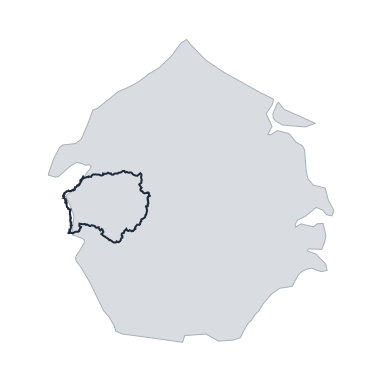 Kono, Eastern, Sierra Leone (highlighted), rotated 188°
{"feature_id": "65957751B39294828597109", "entity_name": "Kono", "entity_type": "district", "adm_level": 2, "iso_a3": "SLE", "parent_name": "Sierra Leone", "parent_adm1": "Eastern", "projection": "orthographic", "projection_center": [-10.815, 8.706], "detail": "fine", "context": "in_parent", "style": "outline", "palette": "slate", "viewbox_px": 384, "rotation_deg": 188, "n_neighbors": 0, "source": "geoboundaries", "source_scale": "gbopen_adm2", "svg_char_len": 7427}
<svg xmlns="http://www.w3.org/2000/svg" viewBox="0 0 384 384"><g transform="rotate(188 192 192)"><path d="M336.6,188.7L336.4,191.8L333.6,205.7L329.3,217.7L326.4,220.6L314.1,223.8L308.9,229.1L304.4,246.1L301.6,259.4L297.3,261.6L279.3,280.9L267.5,288.2L259.3,294.5L251.5,302.7L241.7,310.6L231.2,324.0L223.6,338.0L218.5,342.3L214.7,338.4L196.7,324.5L177.9,315.3L137.6,299.7L124.2,295.3L124.7,289.9L129.4,279.9L121.9,268.1L124.9,259.6L122.0,259.6L116.2,264.7L103.9,263.2L95.8,255.8L89.2,253.1L86.3,249.4L82.2,230.1L79.1,221.3L73.0,215.8L60.7,214.4L55.7,202.6L48.9,193.4L50.1,187.8L55.6,188.1L60.0,192.3L67.0,194.0L75.8,184.2L83.6,178.8L85.4,174.2L84.5,171.6L79.7,175.6L66.8,174.4L63.5,178.0L57.8,179.1L53.3,167.5L53.6,160.7L55.5,153.2L68.6,152.0L69.7,149.6L60.7,147.9L49.4,139.1L47.4,133.1L53.0,131.1L58.4,132.1L63.0,133.4L68.1,131.3L72.8,128.0L75.7,123.8L79.6,112.5L91.9,108.8L99.1,101.9L106.0,91.1L109.2,83.6L112.1,79.8L113.9,76.6L115.2,73.0L118.3,69.7L121.5,61.7L123.8,54.4L130.8,51.0L145.2,48.0L158.2,53.3L179.2,48.8L180.4,41.9L199.6,41.9L222.5,41.8L241.5,41.7L248.0,43.5L250.4,48.6L256.6,56.6L263.1,62.2L271.2,74.3L280.6,88.4L290.8,101.2L297.4,108.1L298.1,110.5L297.6,113.3L294.4,119.8L291.7,126.8L291.9,129.4L293.9,130.7L304.5,132.9L305.5,140.7L305.5,151.6L310.7,161.7L315.7,169.1L315.4,171.7L303.4,184.4L298.7,197.0L296.3,200.5L295.3,203.4L297.7,204.7L301.0,203.8L305.7,204.9L310.2,205.3L316.1,200.7L325.9,189.2L329.2,187.7L336.6,188.7ZM120.3,290.5L118.9,293.0L112.5,286.7L79.4,277.2L88.8,272.2L111.8,270.9L118.7,273.8L121.7,276.2L122.8,280.9L120.3,290.5Z" fill="#d9dde1" stroke="#a8b0b8" stroke-width="1"/><path d="M301.3,190.7L302.0,191.9L302.2,191.4L302.2,191.1L302.1,190.9L302.4,190.5L302.3,190.3L302.0,190.0L302.2,189.8L302.8,189.7L303.0,189.5L303.1,189.2L302.9,188.8L302.9,188.5L303.0,188.2L303.8,188.6L304.2,188.2L304.2,187.7L303.6,187.2L303.5,186.8L303.6,186.5L303.9,186.0L304.2,184.6L304.6,184.4L304.8,184.1L304.8,183.9L304.7,183.6L304.7,183.3L305.0,182.9L305.2,183.2L305.4,183.1L305.7,182.8L306.0,182.9L306.5,182.7L307.1,181.2L307.6,180.5L308.1,180.1L308.3,180.3L308.6,180.3L308.6,179.6L308.7,179.2L308.7,178.6L308.4,178.0L308.5,177.8L308.8,177.7L309.1,177.4L309.5,177.5L309.8,177.7L310.0,177.7L310.0,177.2L310.4,177.3L310.8,176.9L311.3,176.9L311.5,176.7L311.7,176.1L312.1,176.0L312.3,176.0L312.7,176.1L312.9,176.1L313.8,175.7L314.0,175.8L314.2,176.1L314.5,176.2L314.8,175.6L316.4,175.1L316.5,174.9L316.4,174.7L316.5,174.5L316.7,174.2L317.7,173.7L317.9,173.2L318.2,173.1L318.5,172.8L318.5,172.7L318.4,172.4L318.0,172.1L318.4,171.6L318.4,171.0L318.6,170.6L318.8,170.5L319.0,170.8L319.1,170.6L319.0,170.4L319.1,169.9L318.6,169.5L318.4,169.1L318.1,169.5L317.9,169.5L318.1,168.9L318.0,168.6L318.2,168.4L317.8,168.4L317.7,168.3L317.5,167.9L317.3,167.9L317.2,167.6L316.7,167.2L316.2,167.3L316.2,167.0L316.3,166.9L316.3,166.7L315.9,166.8L315.8,166.7L315.8,166.3L316.0,166.2L316.1,165.5L315.6,165.3L315.5,165.0L315.3,164.8L315.1,164.4L315.3,164.0L315.6,163.9L316.0,164.0L316.1,163.8L316.0,163.7L315.7,163.6L315.3,163.9L315.1,163.8L315.0,163.7L314.8,163.7L314.7,163.9L314.6,163.5L314.8,163.4L314.8,163.2L314.5,162.7L314.5,162.1L314.2,161.3L313.8,159.8L313.6,159.6L313.4,159.6L313.3,159.4L313.0,159.3L312.6,159.0L312.5,158.8L312.1,158.6L312.2,158.3L311.9,158.1L311.9,157.9L311.5,157.8L311.4,157.9L311.0,158.1L311.0,158.3L310.8,157.9L310.4,157.6L309.9,157.7L310.0,157.2L309.8,156.6L310.2,156.0L310.1,155.9L310.0,155.5L310.1,155.4L310.0,155.2L310.0,154.9L310.0,154.0L310.0,153.8L309.8,153.6L309.8,152.9L309.6,152.8L309.6,152.5L309.4,152.2L309.2,151.3L309.0,151.2L308.9,150.8L309.0,150.6L308.9,150.4L309.0,150.4L308.8,149.8L308.8,149.7L308.7,149.8L308.5,149.7L308.6,149.4L308.4,149.2L308.5,148.7L308.4,148.5L308.6,147.9L308.5,147.7L308.4,147.1L308.5,146.9L308.5,146.3L308.2,146.1L308.2,145.8L308.3,145.6L308.1,145.4L307.8,145.3L307.9,145.2L307.7,144.8L307.7,144.6L307.6,144.4L307.8,144.4L307.6,144.3L307.7,144.0L307.5,143.3L307.2,142.8L307.1,142.7L307.5,142.7L307.5,142.2L307.3,142.2L307.2,142.0L307.1,141.8L307.2,141.6L307.0,140.9L307.1,140.2L306.9,139.8L307.1,139.0L307.2,138.9L307.3,138.6L307.4,138.3L307.2,138.2L307.1,137.9L307.3,137.5L307.8,137.3L307.7,137.1L308.0,137.2L307.9,136.4L308.0,136.2L307.9,135.8L308.2,135.4L308.2,135.2L308.4,134.9L308.6,134.2L308.2,134.1L307.2,134.5L306.3,134.7L305.7,134.6L305.2,134.7L304.0,134.6L303.6,135.1L302.1,136.3L299.1,136.9L298.6,137.2L298.5,137.8L298.2,137.8L298.0,138.5L298.2,139.2L297.7,140.4L297.0,141.4L297.0,142.0L297.7,142.1L298.5,142.3L298.9,142.9L299.0,145.0L297.4,144.9L296.2,144.9L294.9,145.0L293.7,145.4L292.8,145.2L292.6,144.7L291.9,144.9L291.1,145.2L290.6,145.0L289.9,144.5L289.2,144.5L288.6,144.1L287.8,144.2L286.9,145.1L284.4,144.9L283.4,144.7L282.8,143.9L282.6,143.7L282.2,143.6L281.9,143.3L281.4,143.4L280.4,143.8L280.3,143.7L279.9,143.6L279.6,143.8L279.6,143.7L279.6,143.2L279.1,143.0L278.9,142.8L277.9,141.5L277.5,141.2L276.2,142.8L275.3,142.0L275.0,141.4L274.9,141.3L274.8,141.0L274.3,140.5L274.2,139.9L275.9,137.8L274.6,137.0L273.7,136.3L272.1,135.8L271.2,135.2L270.4,134.9L268.2,133.8L267.2,132.8L266.5,133.2L263.3,131.5L262.3,131.1L260.6,131.3L259.9,131.8L259.7,132.6L258.4,132.1L257.6,132.1L256.4,133.4L255.9,134.3L255.9,135.5L255.4,136.5L254.6,137.2L254.6,137.7L254.8,138.6L255.2,138.6L255.6,139.0L255.7,140.8L255.4,141.3L254.5,141.8L253.7,142.1L253.6,142.9L253.7,143.7L253.3,144.5L252.5,145.0L251.9,146.3L250.7,144.8L249.4,144.6L248.3,145.5L247.3,145.2L246.2,144.7L245.8,145.2L244.7,145.3L244.6,145.7L243.9,146.6L243.7,147.0L243.0,147.5L243.2,147.9L243.6,147.5L243.4,148.4L243.1,148.6L243.3,149.3L242.8,150.1L241.7,152.1L239.4,152.2L239.0,152.8L239.0,153.9L238.9,155.0L238.1,156.0L238.5,157.4L238.2,158.0L236.8,158.8L235.0,160.4L235.0,161.5L234.8,162.0L234.8,162.9L234.3,163.1L234.2,163.8L234.1,164.8L234.2,165.4L233.9,166.2L234.1,166.9L233.9,167.7L234.9,170.2L235.6,171.2L235.6,171.4L233.9,171.8L233.8,172.2L234.0,173.0L234.1,173.5L233.9,173.5L233.9,174.0L233.7,174.5L233.7,174.9L233.8,175.5L234.0,175.6L234.0,176.2L234.3,176.9L234.4,177.7L234.6,177.6L234.7,177.9L234.8,178.1L234.8,178.4L235.1,179.2L235.1,179.7L235.2,180.0L234.9,180.3L235.0,181.0L234.6,181.5L233.7,182.1L233.3,182.0L233.2,182.2L233.5,182.8L234.2,183.1L234.4,184.0L234.6,184.8L235.0,184.8L234.9,185.1L235.5,185.5L236.5,185.1L237.3,184.5L237.9,184.2L239.2,184.2L239.7,184.3L240.2,184.5L240.4,184.8L240.7,185.3L241.0,185.6L241.8,186.0L242.1,185.8L242.5,185.9L243.4,187.2L243.4,188.1L242.5,189.2L243.4,189.9L244.2,190.9L244.8,191.4L245.3,192.2L243.5,194.0L243.5,194.9L243.7,195.8L243.4,196.6L243.7,197.5L244.5,199.5L244.5,200.4L244.3,201.5L244.7,202.5L245.7,203.4L246.4,202.7L247.9,200.9L248.6,200.4L249.7,200.4L251.1,200.6L252.2,201.0L252.9,201.2L253.4,201.6L254.1,202.4L254.8,202.8L255.5,202.7L256.3,202.8L257.1,202.3L257.9,202.3L258.6,202.5L259.3,202.9L259.8,202.5L260.6,202.1L261.2,202.5L261.8,203.4L262.3,203.5L263.7,203.0L264.3,202.2L265.2,201.5L265.7,201.2L267.5,200.8L268.0,200.0L268.9,199.8L270.0,199.8L270.8,199.6L271.7,199.1L272.2,198.3L272.6,198.2L273.6,198.0L274.5,198.3L274.9,199.1L276.2,198.8L277.8,199.4L278.9,198.4L280.1,198.0L281.6,197.8L282.6,197.9L282.6,197.3L282.2,196.7L283.2,196.0L284.0,195.8L284.7,195.7L286.4,196.3L288.7,196.0L290.1,196.0L291.3,195.7L292.3,195.6L293.0,195.1L293.5,194.5L293.8,193.6L294.1,192.9L296.6,193.0L296.8,192.3L297.5,192.3L298.3,192.1L299.1,191.6L300.2,191.3L300.5,190.9L301.3,190.7Z" fill="none" stroke="#1e293b" stroke-width="2"/></g></svg>